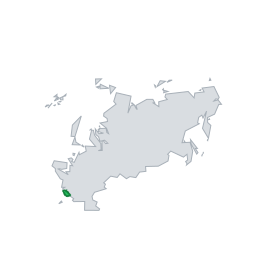 Russia, with Pskov highlighted, rotated 334°
{"feature_id": "RUS-2335", "entity_name": "Pskov", "entity_type": "Region", "adm_level": 1, "iso_a3": "RUS", "parent_name": "Russia", "parent_adm1": "", "projection": "mercator", "projection_center": [29.766, 57.296], "detail": "medium", "context": "in_parent", "style": "filled", "palette": "green", "viewbox_px": 256, "rotation_deg": 334, "n_neighbors": 0, "source": "natural_earth", "source_scale": "10m", "svg_char_len": 4731}
<svg xmlns="http://www.w3.org/2000/svg" viewBox="0 0 256 256"><g transform="rotate(334 128 128)"><path d="M170.0,185.6L164.4,186.9L165.4,185.9L165.1,183.4L167.6,182.9L169.5,177.5L165.1,178.5L156.3,167.5L152.1,169.0L152.8,170.6L149.5,175.2L138.5,175.6L126.9,170.3L125.1,174.8L119.1,172.7L113.3,176.0L108.4,172.5L104.4,172.9L100.7,165.7L96.6,167.7L91.3,163.7L82.1,166.6L83.1,168.6L80.7,170.7L81.8,173.0L69.7,171.1L65.7,173.7L64.8,177.2L67.8,181.0L64.8,183.9L67.0,188.3L65.8,189.3L52.9,182.9L56.9,175.1L47.0,170.4L46.4,168.6L48.2,167.8L46.0,163.4L42.1,160.6L42.6,154.0L45.2,153.6L42.3,152.2L46.8,146.2L44.9,144.0L43.8,135.0L44.9,132.6L43.1,128.7L47.3,125.1L58.0,132.5L55.2,137.5L50.3,136.1L48.4,134.4L47.2,134.2L53.8,143.8L53.1,140.1L56.6,141.7L59.5,136.1L61.7,137.7L60.8,129.4L63.9,130.0L64.8,132.1L62.7,133.4L64.6,135.3L73.3,128.4L72.6,130.7L80.3,130.5L81.7,125.5L90.8,130.5L88.5,121.1L94.3,114.0L95.9,114.9L94.8,119.7L96.8,130.0L94.4,135.7L91.4,135.3L95.0,136.9L98.6,128.8L100.2,128.4L101.1,132.3L103.2,132.9L101.6,128.7L97.0,127.7L97.7,122.9L96.2,119.7L98.2,114.4L99.4,120.4L102.4,121.6L103.3,121.6L99.7,118.0L102.6,116.1L108.1,118.7L107.0,122.8L108.1,124.6L108.6,118.8L105.1,111.3L112.4,113.2L113.4,110.3L111.3,106.6L112.8,104.2L127.7,101.3L126.8,97.9L133.0,91.2L144.7,100.7L134.4,114.6L140.4,109.4L143.7,109.8L143.9,114.4L144.1,115.0L144.5,115.1L145.0,111.2L157.4,110.5L162.9,113.2L163.1,117.3L161.2,116.0L165.1,122.3L167.1,117.9L175.8,119.6L174.8,116.3L176.8,114.1L198.1,121.6L200.6,129.9L203.4,125.9L212.2,128.9L212.1,124.6L223.4,128.4L223.4,140.4L221.7,141.7L219.7,140.3L216.9,141.4L221.3,142.3L222.4,147.7L219.9,146.6L211.9,153.5L204.1,153.4L202.0,157.9L203.6,162.0L195.8,172.5L194.8,161.0L206.0,147.3L199.8,151.9L200.0,148.8L196.2,149.4L192.8,153.9L193.9,155.4L178.2,155.8L170.1,164.9L177.5,168.0L176.0,177.2L170.0,185.6ZM91.3,96.7L76.6,112.4L73.2,110.5L79.3,101.0L91.3,96.7ZM179.1,165.8L181.4,176.8L179.5,175.8L180.1,180.8L178.3,181.6L177.8,170.0L179.1,165.8ZM70.5,118.5L76.4,112.8L75.0,117.9L77.8,122.4L70.5,118.5ZM172.2,103.5L177.6,99.6L182.2,102.5L172.2,103.5ZM122.3,76.5L128.2,83.9L120.0,80.5L122.3,76.5ZM120.3,69.7L125.7,72.2L118.2,74.7L120.3,69.7ZM130.1,81.5L134.6,86.2L127.4,89.5L130.1,81.5ZM183.1,104.1L185.9,103.1L188.7,104.3L183.1,104.1ZM32.6,165.7L36.1,164.4L36.3,165.9L32.6,165.7ZM67.7,73.5L70.8,72.3L64.8,75.1L67.7,73.5ZM177.1,110.1L180.0,112.7L175.5,111.9L177.1,110.1ZM69.1,127.7L67.4,129.2L66.7,128.2L67.5,126.6L69.1,127.7ZM73.6,71.4L76.4,70.0L77.9,71.5L73.6,71.4ZM83.2,71.2L81.9,74.2L79.8,73.1L80.3,71.2L83.2,71.2ZM86.1,71.8L83.6,71.3L87.1,70.5L86.1,71.8ZM79.5,123.3L80.3,126.0L78.8,124.0L79.5,123.3ZM120.9,77.8L118.9,79.3L117.6,77.3L120.9,77.8ZM75.2,67.5L78.9,66.7L77.6,68.9L75.2,67.5ZM223.4,121.4L221.9,121.0L223.4,119.4L223.4,121.4ZM64.9,71.8L67.2,72.7L62.7,72.8L64.9,71.8ZM94.5,113.0L92.4,113.3L94.5,112.7L94.5,113.0ZM142.6,107.1L143.4,109.1L141.9,107.9L142.6,107.1ZM210.8,125.4L209.6,126.1L208.9,125.5L210.8,125.4ZM78.7,74.9L77.1,73.9L79.8,74.8L78.7,74.9ZM78.3,69.0L79.4,71.2L77.3,69.8L78.3,69.0ZM185.3,182.5L184.9,183.2L184.0,184.2L185.3,182.5ZM75.9,74.8L77.1,76.7L75.6,76.4L75.9,74.8ZM102.5,115.7L101.0,116.5L100.7,116.4L102.5,115.7ZM205.1,156.1L204.1,155.8L205.1,155.3L205.1,156.1ZM177.0,108.3L176.3,109.8L175.9,108.7L177.0,108.3ZM172.9,164.1L173.1,165.3L172.5,165.0L172.9,164.1ZM195.0,172.9L194.1,174.3L193.9,173.9L195.0,172.9ZM73.3,75.3L71.9,75.9L71.4,75.3L73.3,75.3ZM103.4,113.3L103.1,114.7L102.8,114.3L103.4,113.3ZM171.3,102.2L170.4,103.2L170.7,101.0L171.3,102.2ZM182.3,185.0L183.6,184.1L182.3,185.3L182.3,185.0Z" fill="#d9dde1" stroke="#a8b0b8" stroke-width="1"/><path d="M42.4,159.6L42.0,159.4L42.0,159.1L41.8,159.1L41.8,158.8L42.0,158.7L42.3,158.4L42.2,158.3L42.2,158.2L42.1,157.9L42.0,157.6L42.0,157.4L42.0,157.2L41.9,156.4L41.9,156.1L42.2,155.9L42.4,155.8L42.5,155.8L42.8,156.0L43.2,156.1L43.7,156.2L43.7,156.3L44.1,156.5L44.3,156.7L44.3,156.9L44.4,157.0L44.7,157.1L44.9,157.1L44.5,157.5L44.6,157.9L44.9,158.0L45.6,158.4L45.6,158.5L45.4,158.6L45.6,158.7L45.5,158.8L45.5,159.2L45.5,159.4L45.5,159.5L45.9,159.7L45.8,159.8L45.7,159.9L45.7,160.0L45.7,160.4L45.9,160.4L46.1,160.4L46.1,160.5L45.9,160.7L45.9,160.8L46.0,161.1L46.2,161.3L46.4,161.5L46.5,161.7L46.5,161.8L46.7,162.2L46.7,162.3L46.5,162.5L46.6,162.8L46.7,163.0L46.4,163.1L46.2,162.9L46.2,163.1L46.0,163.4L45.8,163.3L45.8,163.2L45.7,163.2L45.5,162.9L45.2,162.8L44.8,162.8L44.7,162.9L44.3,163.1L44.2,163.0L44.2,162.7L44.3,162.7L44.2,162.6L43.8,162.4L43.6,162.5L43.4,162.6L43.3,162.3L43.2,162.3L42.9,162.4L42.7,162.2L42.8,161.9L42.8,161.7L42.7,161.4L42.6,161.2L42.4,160.9L42.5,160.7L42.3,160.6L42.1,160.6L42.2,160.4L42.3,160.2L42.2,160.1L42.4,160.0L42.4,159.8L42.4,159.6Z" fill="#22c55e" stroke="#15803d" stroke-width="1.5"/></g></svg>